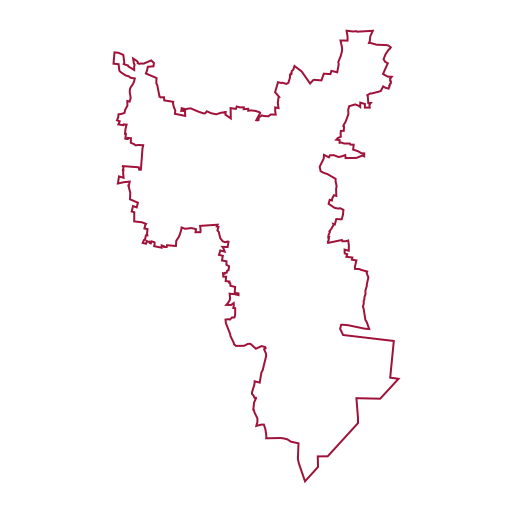 Valladolid, Yucatán, Mexico (Robinson projection)
{"feature_id": "50627088B16380638770573", "entity_name": "Valladolid", "entity_type": "district", "adm_level": 2, "iso_a3": "MEX", "parent_name": "Mexico", "parent_adm1": "Yucatán", "projection": "robinson", "projection_center": [-88.128, 20.615], "detail": "fine", "context": "isolated", "style": "outline", "palette": "rose", "viewbox_px": 512, "rotation_deg": 0, "n_neighbors": 0, "source": "geoboundaries", "source_scale": "gbopen_adm2", "svg_char_len": 6011}
<svg xmlns="http://www.w3.org/2000/svg" viewBox="0 0 512 512"><path d="M380.2,398.7L398.5,378.8L390.2,377.7L393.8,341.0L343.1,335.0L340.1,328.8L341.2,324.8L342.1,324.7L348.0,325.2L364.9,328.7L369.2,329.0L366.7,322.0L365.4,319.9L363.6,308.5L362.9,306.7L363.8,303.4L363.6,301.3L364.3,299.7L364.5,296.9L365.5,294.2L365.4,290.7L366.8,286.0L366.8,284.3L368.4,277.4L366.6,272.9L367.2,271.5L360.8,269.8L359.7,269.1L355.0,268.9L354.8,267.2L356.4,260.4L351.9,259.7L352.3,257.5L346.4,256.8L347.2,254.2L344.7,253.4L344.6,249.6L348.7,250.7L348.9,245.5L348.2,240.5L345.8,241.2L342.4,241.3L341.9,240.0L328.1,242.9L327.9,241.6L328.5,240.7L328.9,238.2L328.4,237.9L329.0,236.9L328.3,236.7L328.6,234.9L329.9,232.0L329.4,231.3L331.3,228.9L333.1,225.7L333.7,224.6L333.4,224.0L334.8,224.5L336.3,219.1L341.7,219.3L343.0,214.6L343.4,209.8L340.1,208.2L338.4,208.6L334.7,207.9L328.6,203.8L329.7,199.8L331.9,200.5L332.4,198.0L333.9,195.2L336.3,195.9L336.1,189.3L336.6,186.1L335.6,181.4L335.6,178.8L327.3,174.0L323.8,172.9L320.6,171.2L319.7,166.7L323.7,158.6L324.0,154.9L328.9,157.3L329.9,155.3L333.8,155.2L338.6,157.0L341.3,156.5L345.2,155.1L345.6,158.1L356.5,157.9L362.5,155.5L364.2,156.3L364.2,153.4L361.5,153.3L358.2,151.3L353.1,149.6L353.7,144.7L350.4,144.6L349.8,143.5L344.1,143.5L341.2,142.5L339.6,142.8L339.6,140.1L336.3,139.7L338.0,137.9L340.8,136.8L340.6,133.0L340.9,130.9L343.8,130.8L344.0,126.5L343.4,126.3L343.5,125.2L345.6,121.8L348.1,115.0L348.4,114.0L348.2,109.8L349.2,106.2L355.2,104.4L358.7,105.8L360.2,107.0L360.3,102.6L364.9,104.0L364.9,107.6L369.7,107.6L369.4,104.9L370.8,103.0L368.3,103.1L367.8,96.4L367.3,95.2L370.2,93.5L372.1,93.4L380.7,91.1L383.2,86.4L385.0,87.6L388.6,88.6L389.7,85.9L389.3,85.6L390.2,83.6L390.7,83.5L391.0,81.9L390.1,80.7L390.5,80.2L390.0,78.9L391.7,76.8L387.7,76.6L383.0,74.0L387.8,63.3L385.1,61.8L383.6,59.2L385.5,54.3L388.7,49.6L389.9,48.7L390.8,47.4L388.5,45.6L386.4,45.1L376.5,44.7L370.3,42.9L369.0,43.0L369.8,40.9L370.3,36.3L372.8,30.8L357.1,31.7L356.3,31.2L352.8,31.5L346.6,30.7L347.6,37.0L347.5,40.6L340.5,40.5L342.1,47.8L342.0,51.3L340.6,56.4L338.3,61.9L338.7,64.4L337.2,72.3L331.4,70.9L330.4,74.1L323.8,73.7L321.4,80.4L314.1,79.8L313.1,80.2L310.1,83.5L301.6,71.4L294.5,66.0L293.3,69.6L291.8,71.0L291.4,74.1L290.6,73.8L289.9,75.1L290.0,77.5L288.4,82.8L286.5,83.9L282.8,82.8L280.9,82.9L278.0,82.2L275.1,92.2L279.1,96.9L278.6,97.0L277.8,102.8L278.5,108.1L275.2,107.4L275.2,111.2L275.7,114.6L270.7,114.5L268.3,116.3L263.7,116.0L261.9,115.4L260.3,116.6L258.9,116.7L258.5,120.2L257.4,120.4L256.3,120.2L260.2,112.9L259.5,112.2L255.4,110.9L251.1,110.4L248.2,110.7L248.2,108.8L243.7,109.2L243.8,107.3L239.9,107.4L236.8,106.5L235.8,108.9L230.6,108.1L230.8,118.4L225.4,114.7L225.7,112.0L224.3,112.1L224.2,112.6L221.5,112.6L216.2,114.3L211.1,113.2L206.8,111.3L205.2,113.3L203.7,113.4L198.5,111.7L190.8,108.4L188.0,108.6L185.8,109.3L181.7,108.2L181.3,110.9L183.6,110.3L183.6,111.0L185.0,111.0L185.2,115.9L174.9,113.8L175.3,110.6L173.7,106.6L173.0,103.4L173.2,101.8L164.3,100.4L163.9,97.2L160.5,97.4L160.0,96.7L159.5,96.7L157.3,85.3L156.3,83.2L156.5,78.0L145.9,73.5L147.1,70.2L147.8,66.8L153.5,66.3L153.9,63.0L151.3,60.4L143.7,63.6L140.3,63.5L139.5,63.9L137.7,63.2L137.8,62.1L136.5,60.7L133.1,58.5L133.9,63.4L134.6,64.8L134.2,66.2L134.2,70.0L128.3,66.4L128.2,65.6L123.7,64.1L124.3,62.4L123.3,54.9L118.5,52.8L114.5,52.4L113.5,63.7L118.6,64.2L119.2,69.7L119.7,71.2L121.0,72.3L125.7,75.5L128.6,76.2L130.7,77.8L134.8,78.4L134.2,81.1L132.9,84.2L131.0,86.8L130.0,88.8L129.7,91.9L130.7,97.9L129.6,101.6L127.3,101.0L127.4,105.7L125.1,109.9L124.5,112.9L121.2,114.0L118.5,114.3L118.2,117.4L117.0,120.3L119.7,121.3L118.4,124.4L123.5,125.2L123.8,124.4L126.6,124.6L125.5,128.9L125.0,133.8L125.9,133.9L125.3,138.7L127.7,139.0L127.7,137.9L130.9,138.2L130.8,142.8L133.6,143.9L135.5,145.3L138.5,145.0L143.2,145.2L142.5,148.3L140.9,169.7L139.2,169.7L138.8,167.3L122.9,166.1L122.8,166.4L123.6,166.8L122.9,170.1L123.4,170.1L123.1,172.5L123.6,177.8L119.0,176.4L117.9,183.5L123.8,182.2L129.7,181.6L128.8,186.1L128.5,186.0L130.3,192.9L130.0,199.3L137.9,202.7L136.7,207.4L133.0,206.1L131.7,211.5L134.3,212.2L134.2,221.4L142.0,222.3L145.9,223.8L146.1,223.9L145.2,225.2L144.4,228.5L147.5,229.1L147.0,233.7L147.4,235.4L145.9,235.4L144.9,239.9L143.9,240.1L142.7,243.0L146.0,243.7L146.8,241.0L148.1,241.8L149.7,241.6L149.7,242.9L150.8,243.4L151.7,241.4L154.4,242.2L154.7,243.4L154.2,246.2L161.7,247.7L161.7,245.4L164.0,246.3L164.0,246.9L165.1,247.1L166.7,247.0L167.0,245.2L175.9,246.0L176.3,240.7L178.6,237.3L179.8,234.5L181.2,230.1L181.6,227.5L185.1,228.8L191.1,228.1L193.6,228.5L196.0,229.2L195.5,232.2L200.4,232.2L200.6,230.1L200.1,225.9L217.6,224.7L216.7,226.5L218.5,227.0L217.4,230.4L218.7,231.8L220.3,238.2L222.8,241.4L225.3,242.2L227.8,241.5L228.5,241.7L227.6,247.0L222.5,246.9L223.2,247.7L224.7,251.6L220.3,250.5L219.0,254.9L222.8,255.8L222.0,260.5L226.5,261.3L226.4,264.7L229.1,266.3L228.5,270.3L227.8,270.3L227.0,271.1L226.7,272.7L224.8,272.9L224.6,273.7L223.0,273.2L223.3,276.7L226.1,276.7L225.7,281.1L229.4,281.5L229.2,282.8L230.3,283.2L230.4,285.8L235.1,286.9L234.7,292.9L238.5,293.4L238.5,295.1L234.7,294.2L229.6,293.7L230.1,298.2L229.8,300.0L228.0,303.0L226.3,304.9L230.9,305.0L233.7,303.1L233.8,305.4L233.3,308.0L235.2,308.2L235.2,313.7L234.6,317.2L233.8,317.6L232.1,317.4L229.9,319.6L228.5,319.2L225.5,319.6L225.9,323.2L230.2,334.1L230.4,336.0L233.6,342.4L234.0,344.2L236.0,345.9L244.1,345.8L247.9,343.9L250.5,343.9L255.9,348.7L261.6,346.1L265.3,347.1L265.6,348.2L264.1,349.2L265.9,353.4L266.2,355.8L262.7,370.1L261.4,372.6L259.7,382.6L254.7,381.3L254.4,384.4L252.0,392.3L252.0,393.9L253.5,395.6L254.5,397.8L255.9,397.7L256.1,398.0L254.1,402.5L253.3,409.5L253.7,409.5L254.6,412.7L257.4,418.4L257.4,422.0L256.3,425.9L261.4,424.6L263.9,424.6L265.5,429.7L266.4,436.6L266.2,438.3L280.7,438.0L284.0,438.5L287.3,439.3L291.0,441.7L298.5,443.3L297.9,458.9L298.7,462.9L305.0,481.3L318.0,467.0L317.8,456.4L327.7,456.3L358.0,423.1L358.0,417.9L356.4,398.2L380.2,398.7Z" fill="none" stroke="#9f1239" stroke-width="2"/></svg>